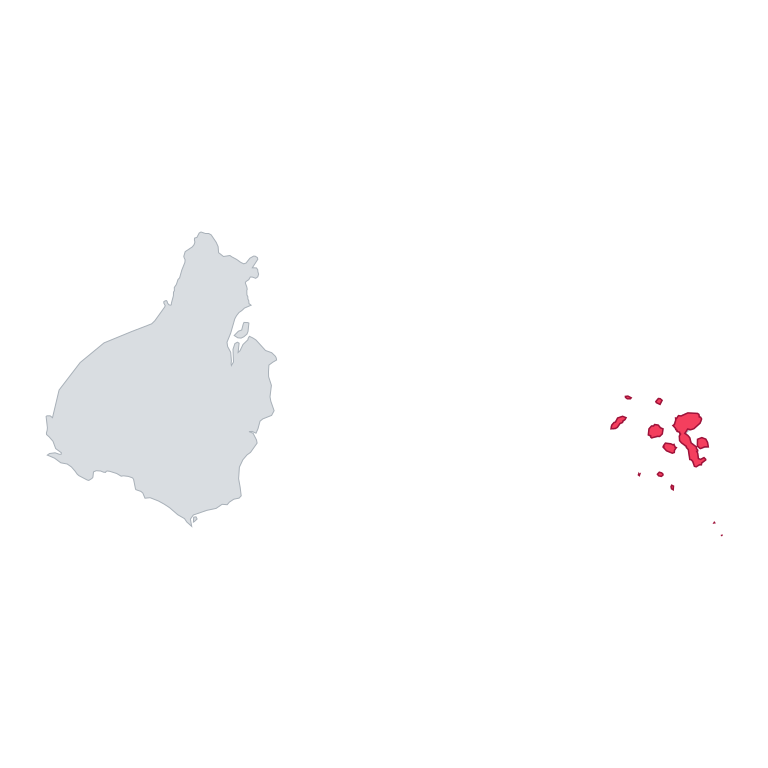 location of Galápagos within Ecuador, rotated 180°
{"feature_id": "ECU-1270", "entity_name": "Galápagos", "entity_type": "Province", "adm_level": 1, "iso_a3": "ECU", "parent_name": "Ecuador", "parent_adm1": "", "projection": "robinson", "projection_center": [-90.747, 0.131], "detail": "medium", "context": "in_parent", "style": "filled", "palette": "rose", "viewbox_px": 768, "rotation_deg": 180, "n_neighbors": 0, "source": "natural_earth", "source_scale": "10m", "svg_char_len": 5520}
<svg xmlns="http://www.w3.org/2000/svg" viewBox="0 0 768 768"><g transform="rotate(180 384 384)"><path d="M720.7,312.9L718.4,314.5L712.9,315.2L708.6,313.7L706.9,313.7L706.6,315.2L712.3,319.4L715.0,326.7L718.9,331.2L721.4,333.4L721.6,335.0L720.8,337.9L720.6,340.3L721.9,351.5L721.0,352.2L717.9,352.2L715.5,350.3L708.9,378.0L687.8,405.5L664.0,425.1L636.5,436.4L616.3,444.2L613.2,447.2L603.3,461.0L602.8,462.4L604.1,464.8L604.2,466.3L602.8,467.2L601.5,467.4L600.9,466.6L600.5,465.0L599.2,463.3L597.6,462.8L596.7,463.2L596.6,464.8L594.6,472.2L594.5,475.9L593.6,477.3L593.7,480.5L591.6,483.6L590.0,488.5L588.4,490.1L586.2,497.9L583.1,505.6L582.9,508.3L583.8,510.1L584.2,511.7L582.8,516.4L575.7,521.1L573.9,523.4L573.1,525.9L573.6,528.1L573.4,529.9L571.1,530.6L568.8,535.0L567.0,536.0L562.6,534.5L559.3,534.5L556.8,533.1L551.8,525.7L549.9,521.4L549.4,515.3L544.5,511.5L538.1,512.5L536.1,511.1L531.4,508.6L527.4,505.7L524.3,504.2L522.0,504.9L518.1,509.8L514.4,511.9L512.8,511.8L510.6,510.4L510.2,508.7L515.7,500.2L511.6,500.1L510.3,498.3L510.1,496.2L509.4,493.9L510.2,491.2L512.3,489.7L515.5,490.9L517.7,491.0L519.2,488.4L522.1,486.4L522.7,485.1L521.2,481.0L520.8,478.8L521.2,477.5L521.1,473.1L520.2,471.4L520.1,468.9L519.3,467.5L519.0,464.4L516.9,462.8L523.6,459.9L526.0,457.6L529.0,455.5L531.5,452.3L533.2,449.2L537.3,434.9L541.0,425.8L540.4,421.5L537.3,415.7L536.6,407.1L536.9,404.4L536.6,402.5L534.5,406.0L535.0,418.7L533.1,424.4L530.6,425.8L528.9,424.8L529.9,415.5L528.0,417.2L525.0,423.5L520.1,428.2L519.8,429.7L518.6,431.7L514.9,429.9L512.0,428.0L502.5,417.5L496.3,415.3L492.6,411.7L491.8,410.1L491.4,408.0L495.2,405.8L499.1,402.9L499.5,396.4L499.4,391.3L496.6,382.6L498.0,371.2L497.2,366.8L493.9,357.3L496.4,352.6L505.2,349.1L508.0,346.8L510.0,339.3L512.0,334.8L515.9,336.6L519.0,336.4L514.9,334.7L511.5,328.0L510.9,324.9L517.5,315.6L520.9,313.2L525.1,308.3L528.6,300.9L529.4,289.3L527.9,281.0L526.8,272.2L528.9,269.9L534.2,268.8L538.6,265.9L540.8,263.3L545.9,263.7L551.9,259.6L561.4,257.6L574.7,253.0L577.6,248.9L576.3,241.6L581.2,246.0L583.5,249.4L590.3,253.3L598.4,260.3L603.7,263.8L609.5,267.0L617.9,270.3L623.0,269.8L625.2,275.0L627.1,276.6L632.0,278.3L632.5,279.0L634.4,288.6L635.4,290.1L639.6,291.6L644.7,292.2L646.8,291.8L651.3,294.5L658.3,296.7L660.8,297.0L661.9,296.6L662.4,295.6L664.4,295.8L667.4,297.0L671.8,297.3L674.5,296.1L675.1,290.7L676.1,289.5L679.2,287.6L680.8,288.0L689.0,292.3L690.7,293.7L692.8,296.7L696.6,301.1L700.8,304.0L707.2,305.2L713.4,309.8L720.7,312.9ZM75.7,306.9L78.2,309.8L79.6,318.2L87.7,327.1L88.7,332.0L87.9,334.3L88.3,335.2L92.2,338.7L94.8,342.4L90.5,351.0L81.4,354.6L71.7,354.5L69.8,353.6L67.2,350.3L66.7,347.4L68.2,344.6L73.2,340.3L80.8,336.5L81.8,333.6L78.7,330.7L76.6,325.1L71.8,321.2L69.4,309.1L67.8,308.5L64.5,310.2L62.9,308.7L62.6,307.9L66.1,305.2L66.9,303.2L72.1,302.3L74.3,303.9L75.7,306.9ZM113.5,343.3L111.4,343.4L105.1,338.9L105.6,334.6L108.1,331.7L116.1,330.2L119.5,332.9L119.2,338.1L116.5,341.9L114.3,342.6L113.5,343.3ZM524.8,443.8L524.0,445.6L520.2,445.4L519.1,444.9L520.0,436.5L521.1,433.8L524.2,431.2L526.9,429.9L530.2,430.2L533.8,432.5L529.6,436.8L526.3,438.0L524.8,443.8ZM69.5,329.1L65.4,329.9L62.0,328.3L60.6,325.9L60.3,322.2L60.6,321.0L68.1,319.7L70.6,322.8L70.5,327.3L69.5,329.1ZM150.4,349.7L145.7,351.5L143.0,349.8L142.8,348.6L145.4,345.8L148.0,344.3L150.3,341.0L154.5,339.1L155.7,339.6L156.6,340.2L156.9,341.3L155.4,343.9L152.9,345.8L150.4,349.7ZM103.9,323.3L102.0,324.7L94.4,323.1L92.0,320.4L93.9,316.8L95.5,315.4L100.1,316.7L104.7,320.8L103.9,323.3ZM109.9,369.2L108.3,369.3L106.0,367.4L107.8,363.8L110.9,365.7L111.7,367.1L109.9,369.2ZM574.3,250.8L572.0,251.2L570.9,249.0L573.7,246.4L574.6,245.9L574.3,250.8Z" fill="#d9dde1" stroke="#a8b0b8" stroke-width="1"/><path d="M92.3,339.5L95.1,342.5L93.6,343.4L92.3,347.9L92.4,349.9L91.5,349.5L89.5,352.4L86.9,352.0L80.2,355.1L70.5,354.6L69.1,353.6L68.7,351.0L67.4,350.8L66.4,349.0L67.9,344.9L74.1,339.3L77.2,338.3L80.3,339.0L83.2,334.6L80.2,332.6L78.2,330.2L77.0,325.2L71.5,320.9L71.6,319.5L70.3,317.9L70.3,317.0L71.3,316.7L70.3,314.8L69.6,309.4L67.4,308.6L64.0,310.4L62.3,308.7L62.3,308.0L66.3,305.0L66.6,303.2L68.4,303.3L71.8,301.2L73.6,301.7L75.2,306.5L76.7,308.2L78.2,308.5L79.7,318.5L81.5,320.4L81.7,321.7L86.5,325.1L88.4,327.3L88.7,331.9L87.1,334.5L88.0,333.8L88.4,335.8L91.0,336.6L90.9,337.6L92.3,338.4L92.3,339.5ZM117.3,332.2L119.7,333.1L119.0,339.2L116.5,342.0L114.4,342.0L113.4,343.5L109.7,342.9L107.5,340.1L105.0,339.2L105.7,334.1L108.4,331.5L110.6,331.7L116.4,330.1L117.2,330.8L117.3,332.2ZM70.5,328.7L66.2,330.4L62.2,328.9L60.4,325.5L59.7,321.1L63.2,321.2L67.5,319.4L68.3,319.8L70.6,322.1L70.5,328.7ZM152.6,339.5L157.0,339.2L156.3,342.8L154.0,345.5L152.5,345.9L150.4,350.0L145.4,351.7L141.9,350.3L143.0,348.4L145.1,347.0L145.5,345.5L148.1,344.4L150.7,340.6L152.6,339.5ZM104.2,321.1L104.8,321.4L104.5,322.2L102.6,324.9L97.2,324.2L94.9,323.1L94.0,323.6L92.8,320.6L91.7,320.4L93.5,317.8L93.7,315.5L95.7,314.8L101.5,317.2L104.7,320.7L104.2,321.1ZM111.6,365.3L112.2,366.4L109.6,369.5L107.8,369.3L105.9,367.7L108.0,363.6L111.6,365.3ZM106.3,295.1L105.0,293.8L105.1,292.8L106.7,291.6L109.4,292.2L110.6,293.8L108.7,295.8L106.3,295.1ZM140.7,369.2L142.5,370.6L142.6,371.6L140.1,371.9L136.8,370.2L137.6,369.2L140.7,369.2ZM94.8,278.2L96.5,279.2L97.0,281.3L96.3,282.8L94.5,281.9L94.8,278.2ZM128.7,292.4L129.6,293.1L129.2,294.2L128.9,293.5L128.2,293.9L128.7,292.4ZM53.4,245.2L54.0,245.1L53.7,245.6L53.4,245.2ZM46.1,232.7L46.1,232.0L46.4,232.6L46.1,232.7Z" fill="#f43f5e" stroke="#9f1239" stroke-width="1.5"/></g></svg>